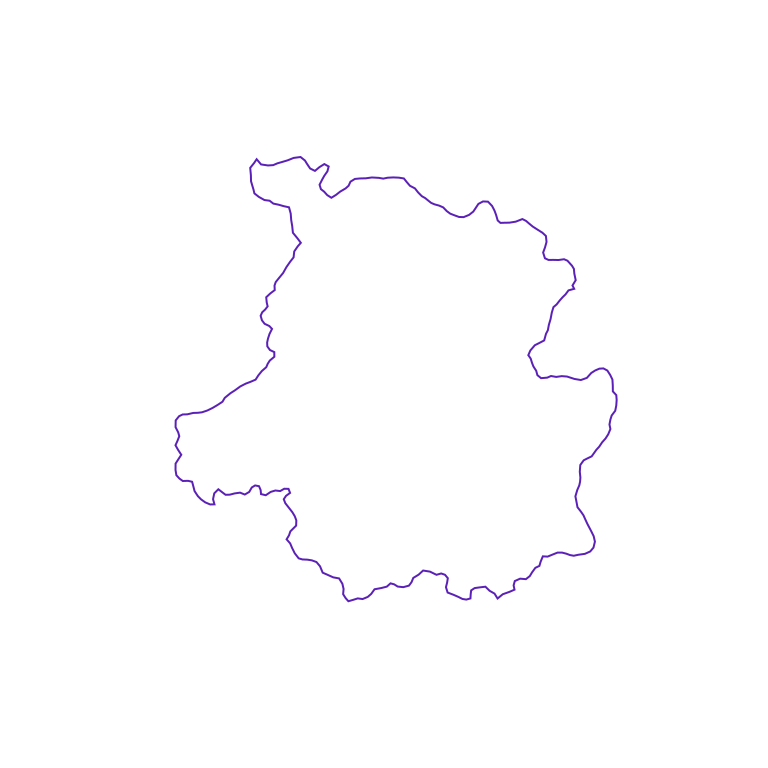 outline of Cristália, Minas Gerais, Brazil, rotated 234°
{"feature_id": "56859067B10808930633928", "entity_name": "Cristália", "entity_type": "district", "adm_level": 2, "iso_a3": "BRA", "parent_name": "Brazil", "parent_adm1": "Minas Gerais", "projection": "albers", "projection_center": [-42.811, -16.709], "detail": "fine", "context": "isolated", "style": "outline", "palette": "violet", "viewbox_px": 768, "rotation_deg": 234, "n_neighbors": 0, "source": "geoboundaries", "source_scale": "gbopen_adm2", "svg_char_len": 4606}
<svg xmlns="http://www.w3.org/2000/svg" viewBox="0 0 768 768"><g transform="rotate(234 384 384)"><path d="M640.7,413.1L639.1,408.7L637.5,402.8L631.1,399.0L626.2,395.6L622.0,394.1L618.0,392.7L614.4,391.2L609.0,392.7L603.1,395.4L599.5,399.2L595.0,400.5L590.8,404.3L586.8,407.4L582.8,411.0L576.7,408.7L571.2,405.3L565.6,402.5L559.9,399.2L553.0,399.6L547.1,399.7L546.1,395.2L544.0,389.3L539.6,385.3L538.1,380.0L535.9,373.7L533.1,367.6L531.4,361.1L530.1,356.3L528.0,353.3L524.2,350.8L524.1,345.3L523.4,339.7L518.8,337.0L515.2,335.5L514.1,331.7L513.6,327.6L511.7,324.3L507.3,322.7L502.9,322.8L498.3,325.3L494.4,325.8L491.8,320.8L488.8,316.7L486.2,313.8L483.0,311.7L478.5,311.7L474.3,314.0L470.5,311.3L470.1,305.4L468.7,301.8L466.8,298.6L466.3,292.8L464.8,287.3L463.0,282.7L464.2,277.4L465.6,272.2L466.5,266.3L466.5,259.6L466.8,254.5L466.4,247.1L464.6,242.9L464.9,236.7L465.4,231.2L466.4,225.5L468.1,220.1L470.1,216.5L472.7,212.7L475.1,207.0L477.7,203.2L478.4,199.3L477.0,194.1L471.6,190.0L465.9,189.1L462.1,187.7L459.4,183.5L457.0,179.3L451.8,178.7L445.9,178.4L444.3,174.2L442.1,168.6L437.0,164.8L432.2,162.4L427.8,162.9L423.8,164.2L420.8,168.6L417.7,171.3L414.3,170.0L408.7,167.8L402.6,167.5L398.2,168.2L393.3,169.8L388.7,172.6L386.3,176.1L391.3,178.0L395.3,182.4L396.2,188.1L391.1,189.6L387.5,190.7L385.1,194.2L383.3,198.8L380.7,203.7L376.4,206.4L375.9,211.5L378.0,216.2L377.7,220.1L374.8,222.8L370.8,221.9L367.2,219.8L363.5,223.0L363.3,228.9L361.7,233.5L358.4,237.1L357.9,241.7L355.3,245.1L351.1,244.0L351.1,239.0L349.7,235.2L345.6,234.1L339.8,234.3L334.1,234.5L329.5,234.1L325.2,232.9L321.1,229.7L319.8,221.6L317.4,218.2L315.6,213.9L310.2,214.4L305.5,213.3L299.5,212.3L293.1,212.5L290.0,214.9L286.9,218.8L283.7,222.0L279.7,224.7L274.1,225.1L267.4,223.5L262.6,226.3L257.4,229.3L253.1,233.4L246.8,232.9L241.9,230.8L238.0,227.4L233.4,227.1L229.2,227.5L227.6,231.9L226.0,236.7L222.6,240.3L221.3,245.7L221.7,250.3L223.5,255.7L220.6,261.7L218.4,267.2L218.9,272.1L215.9,274.5L212.1,276.0L208.3,280.2L206.2,285.7L207.5,289.8L209.9,293.7L209.4,300.0L210.1,306.0L205.2,310.9L198.8,314.3L197.1,318.9L193.8,321.2L189.4,321.5L186.3,318.4L183.2,314.7L177.9,312.9L172.5,316.4L167.9,319.1L164.0,321.1L161.2,323.9L159.7,327.9L163.0,330.6L165.8,333.2L165.6,337.4L163.2,341.9L160.4,346.9L154.6,347.9L149.5,350.2L143.7,349.8L144.1,356.5L142.1,363.3L140.9,368.7L144.9,370.5L147.7,374.0L146.5,379.7L142.7,384.1L142.9,389.1L144.6,393.1L146.3,398.4L145.5,402.8L148.2,406.3L151.2,411.2L148.2,414.9L147.0,419.8L145.6,425.3L142.9,429.0L139.5,431.8L136.3,433.9L133.5,436.6L131.7,440.7L128.5,446.7L127.3,452.4L128.5,457.3L132.5,462.0L137.7,464.2L143.6,465.2L151.2,466.3L156.3,467.3L160.5,468.2L165.1,468.3L170.6,468.1L175.4,470.4L180.6,472.8L184.6,478.0L187.2,482.4L189.7,485.2L192.9,487.9L197.9,490.8L203.1,495.2L204.9,500.7L204.2,505.1L203.4,509.5L204.6,513.1L206.0,517.3L206.8,521.3L208.6,526.2L209.7,531.2L211.5,535.8L214.5,540.7L218.7,542.6L222.1,546.2L224.7,549.7L226.4,555.3L230.1,559.3L234.4,562.9L238.5,565.4L243.5,564.8L248.3,568.2L253.3,571.4L258.3,572.3L263.6,572.6L267.6,570.7L269.8,567.3L270.8,562.9L271.1,558.2L269.7,551.7L271.5,545.6L276.2,541.0L282.4,536.5L285.9,532.4L288.5,527.5L292.3,523.8L293.2,519.8L296.4,514.5L301.0,513.3L305.2,514.9L310.4,515.2L314.2,516.2L318.3,517.6L322.5,517.7L325.1,522.1L326.7,528.8L325.9,533.7L325.1,539.2L329.4,544.6L331.2,548.2L335.0,552.2L338.6,556.9L343.2,561.8L346.6,566.3L346.9,570.4L348.3,575.3L349.2,579.4L349.8,583.5L351.3,588.3L349.2,593.8L352.9,594.4L355.3,600.1L361.5,602.9L365.5,605.3L369.2,605.6L375.9,604.9L379.1,603.0L381.7,598.1L384.9,593.9L387.7,590.0L391.1,588.1L396.8,590.0L399.9,594.6L403.4,599.0L408.6,602.0L413.2,601.1L418.5,599.0L423.9,596.9L428.1,595.8L432.4,594.8L436.1,592.9L437.9,586.0L440.8,580.3L443.6,576.3L445.9,572.9L449.5,572.1L454.7,574.0L459.3,575.3L464.5,576.1L470.4,575.3L473.5,571.4L474.2,566.2L472.4,561.4L471.0,557.6L470.8,552.2L472.2,546.5L475.0,542.9L479.0,540.2L482.9,537.7L487.0,536.4L492.1,535.7L496.0,533.4L499.6,530.5L502.8,528.6L506.4,527.6L510.2,526.6L513.7,525.0L519.0,524.2L524.1,524.0L529.1,521.5L534.0,521.1L538.6,520.9L542.2,517.3L545.7,512.9L548.8,508.1L550.6,504.1L553.8,501.0L558.2,495.6L561.1,490.2L564.4,485.4L567.0,481.0L567.4,475.8L565.2,471.9L564.8,467.9L565.4,461.7L565.2,456.3L565.6,450.9L570.2,449.1L574.9,448.6L578.7,447.5L583.1,449.0L585.7,454.1L587.6,458.2L589.3,463.2L592.5,467.1L597.0,465.0L597.4,459.2L597.0,453.4L601.8,450.9L607.0,451.1L611.3,451.4L616.7,449.9L620.0,443.8L621.6,437.5L623.5,432.1L625.2,427.4L626.2,423.0L629.0,418.6L633.9,413.6L640.7,413.1Z" fill="none" stroke="#5b21b6" stroke-width="2"/></g></svg>